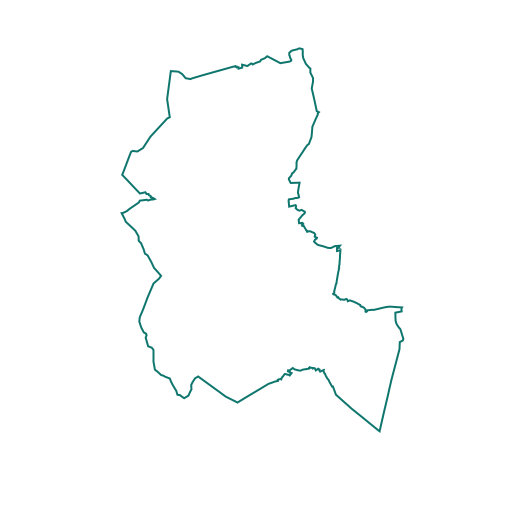 Huandacareo, Michoacán, Mexico, rotated 256°
{"feature_id": "50627088B50995468211196", "entity_name": "Huandacareo", "entity_type": "district", "adm_level": 2, "iso_a3": "MEX", "parent_name": "Mexico", "parent_adm1": "Michoacán", "projection": "robinson", "projection_center": [-101.283, 19.994], "detail": "fine", "context": "isolated", "style": "outline", "palette": "teal", "viewbox_px": 512, "rotation_deg": 256, "n_neighbors": 0, "source": "geoboundaries", "source_scale": "gbopen_adm2", "svg_char_len": 5652}
<svg xmlns="http://www.w3.org/2000/svg" viewBox="0 0 512 512"><g transform="rotate(256 256 256)"><path d="M140.4,146.2L139.7,147.5L139.7,148.3L137.4,150.1L135.4,151.9L136.8,156.6L140.1,159.2L142.2,161.1L144.9,161.6L146.5,161.9L149.1,164.1L152.0,167.2L153.1,170.7L136.5,184.6L133.3,187.3L126.8,192.7L118.3,202.6L120.9,210.8L126.3,228.7L126.9,230.6L128.9,237.1L129.6,244.5L129.5,247.1L130.1,247.2L130.6,247.2L130.8,248.0L130.6,249.9L130.7,250.3L130.3,250.7L131.8,251.6L131.8,251.9L133.6,254.2L134.5,255.2L134.3,256.3L133.6,257.1L132.7,259.1L131.9,259.8L133.8,262.2L134.7,261.1L134.8,260.6L135.4,260.7L136.3,259.1L137.3,259.5L136.8,260.7L138.4,264.6L136.6,266.1L135.5,268.1L135.3,268.3L134.2,270.8L134.0,271.6L134.4,273.8L134.4,274.3L134.0,278.7L133.9,280.5L134.2,281.0L134.8,280.7L135.1,281.3L134.5,281.8L133.2,285.0L133.1,284.9L133.1,285.3L132.4,286.0L130.5,286.4L131.5,288.7L131.6,289.2L130.5,290.0L130.3,289.6L128.3,290.3L128.9,293.5L128.7,293.4L128.6,293.6L128.6,293.9L128.3,293.7L128.2,293.6L126.1,293.9L125.3,294.1L125.0,294.5L124.8,294.5L122.5,294.8L120.7,295.4L120.4,295.4L118.0,296.5L117.6,296.6L117.1,296.7L116.5,296.7L115.7,296.9L110.8,298.3L110.7,299.1L102.1,300.0L91.8,307.0L84.5,312.0L71.7,321.7L69.3,323.5L67.1,325.1L58.6,331.5L56.0,333.5L72.8,342.0L88.5,350.1L97.1,354.4L103.9,357.9L130.7,372.6L137.7,374.7L138.5,378.0L139.5,378.6L139.9,378.9L142.3,378.8L144.0,378.7L147.6,378.5L147.9,378.5L150.3,378.3L151.5,377.6L152.6,377.1L153.7,376.7L155.8,376.0L157.8,375.8L158.0,375.8L159.3,375.8L162.9,376.5L167.3,377.5L167.0,383.9L167.7,384.0L169.2,384.3L170.5,384.7L170.8,385.1L172.0,381.4L172.0,381.2L173.1,378.0L174.4,373.9L174.6,372.9L174.8,371.7L175.0,369.8L175.1,366.1L175.2,357.2L175.6,356.0L176.1,353.0L176.1,352.8L176.1,352.5L176.4,350.5L175.5,350.2L175.4,350.2L175.1,349.5L175.3,348.9L175.6,348.8L176.3,349.1L177.2,349.3L177.4,349.3L177.7,349.2L178.1,349.0L179.2,348.5L179.5,348.4L181.1,346.8L181.2,346.3L181.4,345.8L182.3,345.4L182.5,345.2L182.7,345.3L183.2,345.3L183.3,345.1L183.6,344.9L184.0,344.5L184.2,344.2L185.3,343.0L185.8,342.5L186.1,342.1L188.2,339.5L188.9,338.4L190.2,336.4L190.1,335.6L190.0,334.9L189.9,334.2L191.1,334.1L191.6,333.9L192.2,333.6L192.5,333.2L192.2,331.5L192.2,331.3L192.2,331.0L192.6,330.0L193.3,328.0L193.2,327.5L193.4,327.4L195.3,325.9L196.0,325.8L195.9,325.2L196.2,325.1L196.2,324.9L197.6,324.4L199.1,323.7L200.0,321.9L200.6,321.7L200.9,322.5L201.8,323.2L202.2,323.3L202.5,323.2L203.5,323.7L205.9,325.0L209.4,326.8L209.7,327.3L212.7,328.5L216.4,330.1L220.0,331.7L223.0,333.2L224.0,333.4L224.2,333.8L226.2,334.2L227.9,335.1L228.2,335.1L235.1,337.4L235.5,337.4L241.2,339.3L241.2,336.2L241.2,335.8L244.1,336.5L243.9,338.0L244.1,337.8L245.7,339.9L246.5,334.8L245.6,330.6L246.5,327.7L246.7,327.4L248.2,325.1L249.3,323.3L249.6,322.8L251.5,319.2L251.8,318.9L252.1,318.4L254.2,316.9L255.9,315.8L257.6,317.2L258.3,319.2L259.0,319.6L259.9,318.3L260.6,317.6L262.4,318.7L264.3,318.0L265.8,315.9L266.6,315.0L267.2,313.7L267.1,312.1L267.7,311.9L267.4,311.4L273.5,309.6L274.0,308.2L275.0,308.0L275.7,309.6L276.9,309.1L277.4,305.7L280.9,306.2L284.3,310.8L285.5,313.2L286.2,313.9L287.1,314.1L287.7,313.5L288.3,312.8L289.7,311.5L289.5,309.2L290.2,308.0L291.6,306.8L292.8,306.1L294.7,307.0L295.8,306.7L295.9,300.1L299.5,300.7L301.4,300.9L303.0,301.6L302.5,306.8L302.8,308.1L302.4,309.4L302.3,310.5L302.6,312.0L305.1,312.1L307.2,312.0L310.1,313.1L316.6,316.0L318.5,307.3L319.6,307.1L322.4,306.4L323.5,306.8L325.4,309.7L327.4,310.9L328.1,312.8L328.8,313.6L330.6,315.7L330.7,315.8L330.9,316.3L331.7,316.5L333.5,317.1L333.8,317.2L337.1,318.0L339.0,319.2L344.0,324.6L345.2,326.0L349.0,330.0L351.2,332.7L352.0,334.5L356.1,337.3L357.8,338.5L360.4,339.5L367.8,342.0L374.5,347.1L378.2,350.1L379.5,350.5L380.3,351.8L381.9,350.0L387.7,350.2L390.5,350.3L397.9,350.5L405.1,350.6L411.1,353.4L414.8,354.4L418.1,353.7L420.8,353.1L424.7,354.1L426.0,353.1L430.3,350.9L436.5,349.7L439.9,350.0L443.2,350.9L445.5,351.2L447.0,348.2L446.9,347.4L446.6,346.4L446.6,345.5L446.6,341.2L446.5,340.0L446.2,339.3L445.8,339.0L445.3,337.6L444.3,337.2L443.0,336.9L442.3,337.1L440.2,337.1L439.9,337.2L439.2,337.3L438.7,337.5L438.0,337.7L437.8,337.7L437.6,337.6L437.0,337.4L436.5,335.8L437.2,326.3L442.3,320.6L447.1,315.2L446.7,314.3L445.7,312.2L445.2,308.4L443.8,307.0L443.4,302.7L442.7,299.1L443.4,298.8L443.5,298.4L444.0,297.8L442.4,293.6L445.0,288.8L442.1,288.2L442.1,287.6L442.0,284.4L443.4,284.6L443.6,283.1L444.5,283.1L444.6,281.8L445.2,281.8L445.2,279.2L444.3,248.0L443.9,239.1L443.8,236.7L443.5,235.2L443.9,234.4L445.5,230.8L450.3,228.4L453.5,225.5L454.4,223.1L456.0,218.1L452.0,216.5L429.7,207.7L411.5,205.9L410.9,203.1L406.5,196.4L397.4,182.5L388.1,172.5L386.1,166.2L387.8,161.6L387.2,159.9L383.4,157.2L370.4,148.2L367.1,145.8L361.9,148.8L352.1,154.3L344.7,158.5L344.6,163.8L344.6,164.1L342.6,164.8L342.2,166.7L341.0,166.8L339.5,168.4L338.4,168.1L337.5,169.8L335.8,171.5L335.7,170.3L336.1,167.9L336.1,166.5L336.0,164.6L337.0,163.7L337.8,156.6L336.2,155.2L335.0,151.9L332.4,144.9L330.8,141.5L330.0,137.7L330.1,136.0L323.8,137.5L320.8,137.9L319.4,138.8L309.8,145.0L303.5,146.8L299.1,145.9L296.2,147.6L289.7,148.6L285.2,148.8L282.8,151.0L275.3,153.0L271.2,153.8L269.1,154.2L264.6,156.6L259.7,159.1L257.6,156.6L257.1,155.7L255.2,152.0L254.1,149.9L241.9,140.7L232.7,134.4L230.5,132.8L224.7,128.4L220.6,126.9L216.3,127.2L214.1,127.4L211.3,128.1L208.9,128.7L207.2,130.6L205.4,130.6L203.5,129.2L194.5,129.5L192.2,132.7L189.7,133.8L185.5,132.8L178.4,131.0L170.2,130.4L167.2,132.7L163.4,135.2L162.4,137.1L161.0,138.4L159.5,140.6L157.9,142.8L155.0,143.1L151.8,143.8L150.7,144.1L144.4,146.0L140.4,146.2Z" fill="none" stroke="#0f766e" stroke-width="2"/></g></svg>